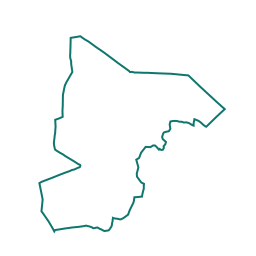 Al-Hamza, Al-Qādisiyyah, Iraq, rotated 171°
{"feature_id": "34846034B52721484909076", "entity_name": "Al-Hamza", "entity_type": "district", "adm_level": 2, "iso_a3": "IRQ", "parent_name": "Iraq", "parent_adm1": "Al-Qādisiyyah", "projection": "equal_earth", "projection_center": [44.892, 31.592], "detail": "fine", "context": "isolated", "style": "outline", "palette": "teal", "viewbox_px": 256, "rotation_deg": 171, "n_neighbors": 0, "source": "geoboundaries", "source_scale": "gbopen_adm2", "svg_char_len": 2807}
<svg xmlns="http://www.w3.org/2000/svg" viewBox="0 0 256 256"><g transform="rotate(171 128 128)"><path d="M217.0,37.4L216.6,37.9L215.9,38.6L215.5,38.6L213.3,38.6L212.5,38.6L211.0,38.6L206.8,38.6L204.2,38.6L202.8,38.5L199.0,38.5L192.7,38.1L187.2,38.0L185.2,38.1L184.5,38.1L183.1,37.4L182.1,37.1L179.2,35.6L178.5,34.8L177.9,34.4L175.2,34.5L174.3,34.5L173.7,34.5L172.5,33.5L171.5,32.7L170.3,32.1L169.3,31.2L168.3,30.5L167.7,30.1L167.3,29.9L165.9,29.9L165.0,29.9L164.3,29.9L163.9,29.9L163.2,29.9L161.7,31.1L160.7,32.3L160.0,33.0L159.6,33.5L159.2,34.5L158.9,35.3L158.5,36.9L157.9,38.0L157.6,39.2L157.4,40.3L156.8,41.2L156.8,41.5L156.1,41.1L154.5,40.5L152.9,40.1L151.6,39.6L150.5,39.1L150.0,39.0L149.4,38.9L148.6,39.1L146.8,39.7L144.7,40.7L143.0,41.6L141.9,42.2L141.4,42.4L141.0,43.4L140.5,44.1L140.0,45.1L139.3,46.3L137.6,48.8L136.4,50.5L135.8,51.3L135.5,51.8L134.7,52.8L133.9,54.3L133.4,55.7L132.8,57.6L132.5,58.6L128.5,58.2L127.7,58.2L127.3,58.2L126.4,58.2L125.9,58.2L125.6,58.2L125.0,58.0L124.5,59.3L124.3,60.0L123.2,62.7L122.4,64.5L121.9,65.5L121.8,66.4L121.5,67.9L121.5,68.5L120.9,70.2L120.9,70.3L123.5,72.2L126.7,78.5L126.5,81.5L123.9,87.5L124.8,95.4L121.7,96.7L118.9,101.6L113.5,106.6L108.9,105.6L106.0,106.8L104.1,106.5L103.0,105.2L100.8,101.8L100.1,102.4L98.6,101.1L97.0,101.1L95.7,102.7L95.7,104.4L93.7,106.1L92.7,108.3L95.4,111.6L95.7,113.9L94.0,117.2L93.1,118.0L91.3,118.3L88.2,118.4L86.3,120.5L86.3,125.0L85.1,127.8L82.0,127.9L79.0,127.4L76.0,126.1L73.7,125.7L72.1,124.7L69.3,124.4L67.0,123.3L63.8,120.6L63.0,120.2L62.8,120.1L62.4,122.6L61.2,125.8L61.0,126.3L58.8,125.0L57.2,124.0L55.2,122.0L53.0,119.2L51.2,117.4L50.5,117.0L38.2,125.7L38.0,125.8L33.0,129.2L29.5,131.5L36.2,139.7L50.4,157.7L54.9,163.6L57.7,167.3L60.1,170.5L64.5,171.6L76.9,174.8L90.1,177.4L99.8,179.4L103.6,180.0L106.9,180.7L110.6,181.4L112.7,181.7L115.2,182.8L117.2,182.9L118.2,184.3L122.4,188.5L127.7,193.7L131.5,197.7L140.1,206.5L147.1,213.1L153.3,219.4L157.1,222.5L160.8,226.1L164.5,226.0L167.5,226.0L170.5,226.0L172.1,217.3L173.1,212.1L173.4,210.4L173.8,208.9L174.1,206.1L173.7,202.8L174.1,200.2L174.2,192.0L177.1,188.5L179.4,185.6L181.7,182.8L182.7,181.3L183.4,180.4L184.3,178.4L186.0,173.8L187.0,171.2L187.6,168.1L189.0,160.0L190.1,154.9L190.8,149.2L194.8,148.2L198.6,147.5L198.7,146.7L199.0,143.6L199.3,140.8L200.2,137.0L200.7,134.5L201.5,132.3L202.4,128.9L203.2,126.2L203.4,125.4L203.6,124.4L203.7,122.6L203.6,120.2L203.4,118.1L202.0,116.7L199.1,114.2L196.5,112.2L194.0,109.8L186.6,103.6L182.7,100.1L181.2,99.2L180.9,98.4L181.4,97.2L182.3,96.7L183.5,96.6L185.8,95.9L187.6,95.4L190.0,95.3L192.1,94.6L195.6,94.0L201.9,92.7L210.6,90.7L215.4,89.7L221.1,88.5L224.1,87.5L224.2,87.4L224.1,86.3L223.7,77.0L223.5,70.6L226.5,59.3L224.9,56.2L220.9,47.8L218.1,40.6L217.0,37.4Z" fill="none" stroke="#0f766e" stroke-width="2"/></g></svg>